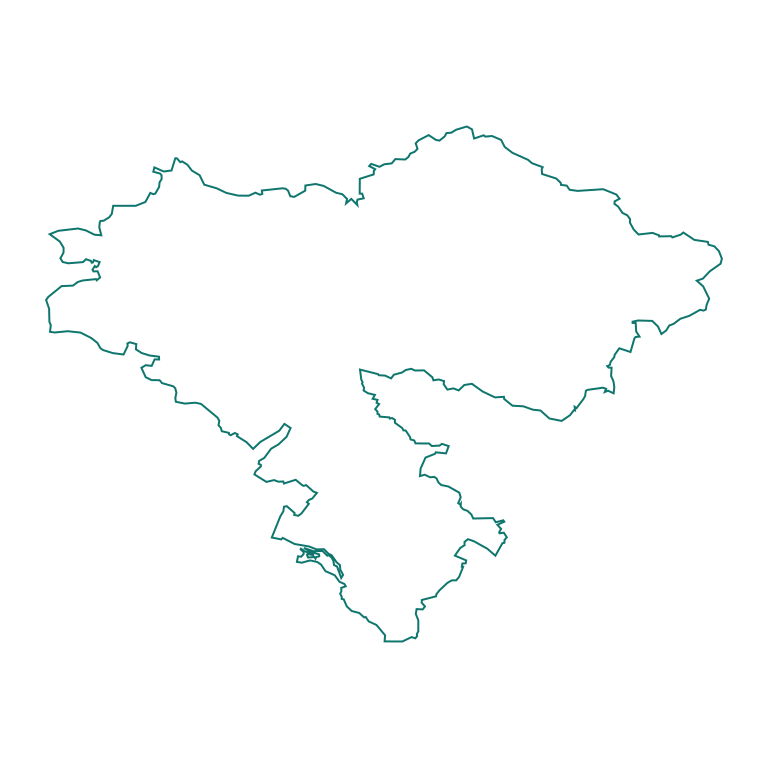 Hida, Salaj, Romania (Natural Earth projection)
{"feature_id": "2599482B84392497603638", "entity_name": "Hida", "entity_type": "district", "adm_level": 2, "iso_a3": "ROU", "parent_name": "Romania", "parent_adm1": "Salaj", "projection": "natural_earth1", "projection_center": [23.327, 47.064], "detail": "fine", "context": "isolated", "style": "outline", "palette": "teal", "viewbox_px": 768, "rotation_deg": 0, "n_neighbors": 0, "source": "geoboundaries", "source_scale": "gbopen_adm2", "svg_char_len": 6084}
<svg xmlns="http://www.w3.org/2000/svg" viewBox="0 0 768 768"><path d="M415.3,638.3L417.1,636.2L416.9,634.1L418.3,631.2L418.3,620.3L415.8,613.9L416.6,609.1L422.7,609.4L425.0,606.5L421.7,602.7L421.8,600.0L436.1,596.3L436.3,594.4L439.4,590.4L447.4,582.9L451.6,580.4L456.3,580.3L459.2,576.7L463.1,566.8L461.8,566.7L462.4,563.5L465.7,563.3L466.2,560.4L454.9,555.6L460.3,547.9L464.6,545.2L464.5,541.9L468.0,539.2L473.8,541.2L487.3,548.7L495.4,555.7L502.4,543.2L504.4,542.8L504.5,540.0L506.8,537.3L503.8,532.7L499.5,533.3L499.2,532.2L501.1,528.9L497.4,524.8L504.3,521.7L503.3,520.3L495.8,522.3L493.0,518.1L473.2,518.5L471.3,514.4L467.4,510.8L463.1,509.3L460.7,506.5L460.8,503.8L460.3,504.6L458.2,503.2L460.7,497.3L459.3,492.7L448.4,486.5L441.2,485.0L438.4,482.4L436.5,478.4L434.3,476.9L430.1,477.3L424.7,474.7L420.0,476.1L420.6,468.6L425.5,457.6L435.2,453.7L435.8,452.3L446.0,453.4L448.7,446.1L441.9,443.9L439.5,445.6L431.8,446.0L429.1,443.5L415.5,443.4L414.3,440.5L410.5,439.4L410.1,437.2L405.7,430.5L403.4,430.4L402.3,428.1L395.0,422.8L394.9,419.8L392.0,418.0L389.8,418.6L389.4,417.4L379.7,416.6L379.2,414.5L377.5,413.9L377.5,411.6L375.2,409.1L379.1,404.1L376.6,402.8L377.5,399.9L372.7,398.8L374.9,394.9L367.9,393.2L363.6,390.5L364.1,387.7L362.0,383.6L362.6,382.3L361.3,379.6L360.0,369.6L378.0,374.1L378.7,375.2L385.1,375.6L391.1,378.4L393.9,374.7L402.1,372.5L405.8,370.0L411.2,368.8L415.0,370.5L424.1,370.4L432.4,377.3L433.4,380.3L438.9,379.5L444.0,381.1L443.7,384.2L447.4,389.6L453.4,388.4L458.7,390.4L464.3,385.0L471.9,383.8L482.6,391.5L495.0,397.4L503.9,396.8L504.2,399.0L512.5,405.7L523.3,406.3L532.9,409.7L540.5,410.5L549.4,418.5L561.7,420.9L570.0,415.2L573.9,410.2L575.0,410.5L574.7,406.8L576.5,408.2L583.5,398.9L585.1,396.0L585.9,390.8L587.3,389.9L603.0,387.7L606.1,388.8L604.8,392.0L608.0,390.7L613.6,393.3L614.3,387.3L613.5,381.4L611.1,376.0L611.6,367.7L608.5,367.6L607.2,366.1L609.8,365.0L610.7,361.7L614.3,357.1L614.6,354.9L619.3,348.3L630.5,352.0L634.4,338.5L635.6,337.0L639.5,336.6L636.2,331.5L635.7,323.1L632.6,322.9L632.6,321.7L638.0,320.5L652.2,320.9L658.0,326.5L661.4,334.0L666.1,330.6L669.3,325.5L673.7,323.8L680.3,318.8L689.4,315.8L700.1,309.8L703.4,310.6L705.8,309.6L706.6,304.9L709.2,298.7L703.2,286.4L696.8,280.7L702.9,278.6L709.8,271.3L720.6,263.7L721.9,258.7L718.9,251.1L714.3,246.3L708.5,244.7L707.9,241.9L694.4,239.9L683.3,232.5L680.8,234.6L672.4,237.4L671.3,236.2L659.1,236.4L659.1,235.4L652.6,232.9L638.5,234.5L633.7,229.5L629.9,222.6L630.1,219.2L627.3,215.3L622.4,212.9L618.2,206.6L614.5,203.9L614.6,201.4L619.6,198.7L616.3,194.5L603.2,189.2L577.6,190.9L569.7,189.8L566.7,185.6L561.0,184.9L560.7,182.8L556.2,178.5L542.1,174.0L541.7,169.3L542.7,167.2L532.0,163.2L528.0,159.8L512.4,152.8L504.7,146.9L501.1,139.9L492.0,136.0L485.4,136.6L483.7,135.3L474.1,138.5L472.0,129.4L466.9,126.5L456.2,129.7L451.3,132.7L446.5,133.1L444.7,136.4L439.5,140.6L435.9,139.9L428.7,135.1L418.5,140.4L415.7,143.3L417.5,148.9L414.6,151.8L410.2,153.6L408.4,157.0L405.3,159.5L395.3,159.1L391.7,163.4L384.2,164.3L379.5,166.8L371.2,163.9L369.2,166.1L375.2,169.2L373.8,170.9L373.7,174.4L359.8,178.8L359.7,193.6L362.2,193.7L363.7,198.3L357.5,199.6L356.8,202.3L357.3,205.0L351.3,198.9L346.1,203.4L347.0,198.9L342.3,194.2L336.2,192.8L323.6,185.9L315.7,184.0L305.4,185.5L305.2,190.7L294.2,196.9L290.3,196.2L288.0,190.5L285.6,188.7L282.5,188.3L261.8,190.5L262.3,193.9L260.0,194.7L255.4,192.7L248.8,195.7L238.1,195.6L226.3,192.9L216.7,188.3L204.3,184.7L199.6,175.2L191.9,170.6L187.5,164.8L182.1,161.4L180.3,162.2L177.0,158.4L175.3,158.3L171.5,170.5L163.7,171.5L154.4,167.4L153.3,171.7L160.2,173.6L161.6,175.4L161.6,179.2L159.6,182.2L159.1,187.0L155.3,193.6L153.2,194.2L150.3,192.9L145.4,202.0L135.7,205.8L113.2,205.8L111.8,213.9L109.2,217.3L103.7,220.7L100.4,221.0L99.7,222.7L99.3,227.4L101.3,235.3L94.5,234.7L85.8,230.4L78.1,228.5L58.3,230.8L49.7,234.2L59.8,241.5L63.6,247.8L63.5,252.7L60.4,258.3L62.7,262.0L68.3,263.3L83.0,262.1L86.0,259.2L90.9,260.9L91.7,262.7L93.0,262.4L93.8,260.1L99.6,262.1L98.0,266.0L96.1,267.2L94.8,266.0L92.5,269.8L93.5,271.4L97.6,271.3L100.1,277.5L96.7,280.3L96.0,279.1L82.6,280.5L77.8,282.0L73.0,285.6L61.6,286.1L48.4,296.8L46.1,300.0L49.1,308.7L49.4,321.8L50.8,325.2L50.0,331.8L54.7,332.5L67.7,331.2L80.6,332.6L91.2,338.0L97.4,342.9L100.4,348.2L102.9,350.0L112.8,353.1L123.6,354.5L127.7,345.9L127.4,343.5L129.8,342.3L136.3,344.1L135.9,349.3L141.6,353.0L149.6,355.5L159.0,356.7L159.1,359.5L154.6,359.4L151.7,365.9L145.7,365.2L141.4,367.8L145.7,377.2L151.6,380.1L159.6,380.2L162.0,383.1L173.3,386.3L175.2,388.2L176.4,392.6L175.3,398.2L175.9,401.8L185.0,403.6L195.2,402.7L201.0,403.9L217.5,417.6L219.3,420.8L218.5,425.3L220.8,427.8L221.8,431.2L228.9,432.9L229.1,434.4L230.7,435.2L234.9,433.0L237.7,434.4L236.9,436.1L246.6,442.2L253.1,448.9L260.4,441.9L279.3,430.7L284.4,423.9L290.6,428.0L286.5,436.9L278.5,444.4L271.1,448.7L264.3,457.9L259.1,460.9L258.6,463.8L260.8,464.8L260.9,466.4L255.7,471.2L254.4,474.4L266.4,481.9L274.1,480.1L278.4,481.7L283.3,481.5L283.9,483.5L295.7,479.8L301.7,484.8L303.6,485.9L306.2,485.1L313.3,491.5L316.9,492.9L312.3,498.5L309.0,499.9L306.9,502.2L308.8,503.8L301.5,513.4L298.3,515.8L294.2,514.9L294.6,513.0L286.8,506.2L284.0,506.7L283.3,511.4L280.3,516.4L271.8,537.5L281.2,539.4L282.7,537.9L294.6,544.0L309.2,546.5L316.5,549.4L324.0,549.2L328.2,553.5L331.8,555.4L336.5,562.2L339.9,565.1L340.3,569.7L343.1,574.9L341.2,578.0L337.1,566.6L334.0,565.0L333.4,560.8L331.7,557.7L328.8,555.1L327.3,555.7L322.5,551.0L313.5,551.2L303.9,548.0L310.8,551.8L319.1,554.4L319.2,556.3L316.1,557.1L315.5,558.7L314.2,557.0L308.0,557.5L307.0,554.8L307.6,554.0L313.2,555.1L313.2,554.0L304.6,551.3L301.0,548.7L300.6,549.3L303.6,552.0L303.6,554.1L301.2,556.7L298.0,556.3L296.9,561.9L301.8,562.7L310.2,560.4L317.2,562.0L321.1,564.6L325.5,571.2L334.7,575.2L339.5,581.8L344.3,583.9L345.7,586.3L341.2,587.9L341.4,591.1L340.2,593.8L341.7,596.6L341.7,598.9L343.7,599.3L346.8,606.4L351.7,611.0L359.3,613.0L364.1,617.4L365.7,617.0L368.7,621.4L376.5,625.0L385.1,635.3L384.6,641.4L402.4,641.5L411.5,637.1L415.3,638.3Z" fill="none" stroke="#0f766e" stroke-width="2"/></svg>